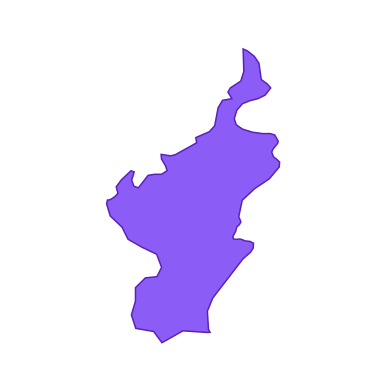 outline of Briceni, rotated 110°
{"feature_id": "MDA-1613", "entity_name": "Briceni", "entity_type": "District", "adm_level": 1, "iso_a3": "MDA", "parent_name": "Moldova", "parent_adm1": "", "projection": "robinson", "projection_center": [26.94, 48.261], "detail": "fine", "context": "isolated", "style": "filled", "palette": "violet", "viewbox_px": 384, "rotation_deg": 110, "n_neighbors": 0, "source": "natural_earth", "source_scale": "10m", "svg_char_len": 1353}
<svg xmlns="http://www.w3.org/2000/svg" viewBox="0 0 384 384"><g transform="rotate(110 192 192)"><path d="M85.9,192.4L81.1,191.6L71.1,184.1L61.1,184.5L40.1,192.9L40.4,188.3L43.3,179.7L48.1,173.1L62.6,165.4L64.7,158.3L67.3,153.6L75.9,156.4L81.8,162.0L86.4,168.8L91.8,174.8L100.0,177.9L108.7,177.3L113.6,173.5L115.6,166.4L115.2,156.0L112.9,145.4L110.4,138.7L110.1,133.8L114.7,128.4L117.1,128.2L124.3,130.6L127.3,130.7L131.1,127.4L132.4,123.3L133.9,119.9L138.7,118.6L153.2,123.9L167.5,134.3L182.6,142.0L199.2,139.6L203.3,135.9L206.5,136.3L209.5,137.9L214.3,137.5L219.6,138.4L221.9,137.1L221.4,134.3L219.9,131.2L219.6,129.0L219.8,125.4L218.6,120.7L219.0,116.7L223.8,115.3L228.5,116.4L237.6,121.3L284.4,136.2L298.7,136.8L315.3,129.6L317.7,127.1L318.5,128.8L325.6,153.1L343.9,168.7L336.2,180.3L339.4,198.2L328.2,206.9L313.9,207.8L301.2,212.4L288.6,206.4L283.6,196.0L273.2,194.8L262.6,203.9L261.0,220.2L258.3,235.9L249.0,245.7L242.5,260.6L232.4,268.2L228.5,268.7L228.6,268.2L226.3,265.5L222.3,262.6L218.5,261.2L213.1,265.0L204.9,262.6L192.9,256.6L192.9,253.2L201.5,252.7L206.4,248.6L206.4,243.8L191.3,238.9L188.1,233.1L185.8,226.7L180.4,222.7L176.4,225.9L171.4,232.0L167.2,233.9L165.4,224.6L162.6,220.4L144.2,204.5L139.5,207.0L129.5,196.4L122.0,193.3L104.0,196.3L95.4,194.7L90.6,186.4L85.9,192.4Z" fill="#8b5cf6" stroke="#5b21b6" stroke-width="1.5"/></g></svg>